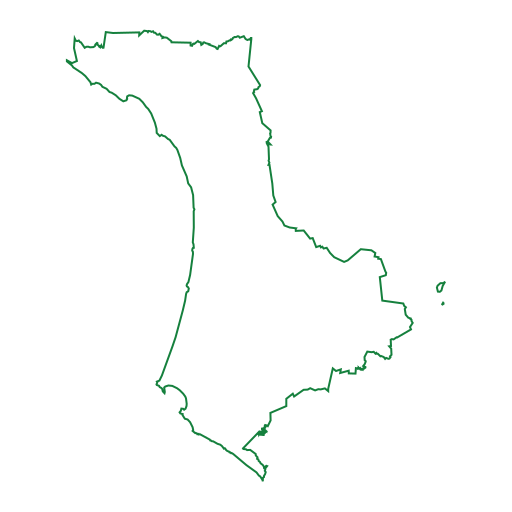 the district of Comondú, Baja California Sur, Mexico
{"feature_id": "50627088B21176552123181", "entity_name": "Comondú", "entity_type": "district", "adm_level": 2, "iso_a3": "MEX", "parent_name": "Mexico", "parent_adm1": "Baja California Sur", "projection": "albers", "projection_center": [-111.876, 25.447], "detail": "fine", "context": "isolated", "style": "outline", "palette": "green", "viewbox_px": 512, "rotation_deg": 0, "n_neighbors": 0, "source": "geoboundaries", "source_scale": "gbopen_adm2", "svg_char_len": 5945}
<svg xmlns="http://www.w3.org/2000/svg" viewBox="0 0 512 512"><path d="M251.3,38.0L250.8,38.0L249.8,39.6L249.2,39.3L247.4,40.0L245.6,39.0L243.8,36.2L239.8,37.7L238.8,36.5L237.9,36.2L235.9,37.1L234.6,37.0L232.9,38.0L232.3,39.3L231.0,39.4L231.0,40.1L230.3,40.5L229.6,40.3L227.9,41.3L226.4,41.5L226.0,43.3L223.9,43.2L220.6,46.1L219.9,46.4L219.1,45.9L217.6,49.0L216.7,48.7L215.6,47.1L209.0,44.6L209.3,44.1L205.8,43.2L204.1,42.3L203.3,42.5L202.7,44.0L201.3,44.9L200.7,42.3L199.1,42.1L197.9,41.0L194.3,43.9L193.5,43.6L193.0,43.9L192.1,45.8L190.6,45.5L190.6,42.7L171.5,42.3L171.3,41.2L166.8,37.7L164.7,37.4L162.5,38.0L162.8,36.7L161.5,36.3L159.6,33.8L158.3,34.7L157.0,34.6L155.3,32.8L154.0,32.7L153.1,31.3L151.5,31.9L150.3,31.2L148.6,31.0L147.9,32.1L147.1,31.1L144.2,30.7L139.2,35.4L139.3,32.4L113.0,33.0L105.8,32.1L103.5,47.7L102.8,47.8L101.8,46.7L101.3,45.4L101.0,46.0L99.4,46.1L100.5,46.9L100.3,47.4L99.2,46.7L98.6,45.5L97.5,44.6L97.4,43.1L97.0,42.9L95.3,44.6L95.4,45.3L94.7,46.3L93.3,47.1L90.0,47.3L88.2,46.7L86.3,46.8L84.7,47.8L81.0,42.4L80.0,42.1L78.8,40.5L77.3,41.1L75.9,40.8L74.7,38.4L74.0,48.1L76.9,61.0L72.0,63.1L66.9,60.3L66.9,61.4L71.9,65.4L73.3,67.4L81.9,73.1L85.4,76.1L90.5,82.3L91.2,84.6L92.4,83.8L94.5,83.8L96.0,82.7L99.1,83.5L101.1,84.9L102.4,86.8L106.6,88.8L109.5,92.0L111.7,92.7L115.8,95.3L119.4,98.8L123.3,101.3L126.4,100.3L127.2,98.9L126.9,98.4L127.2,96.4L129.1,95.3L132.3,95.6L139.3,98.8L142.8,102.3L146.1,106.9L148.2,108.9L151.2,113.5L154.9,122.7L156.5,128.7L156.7,132.9L159.8,136.1L161.6,134.8L162.8,135.7L165.1,136.4L168.0,139.0L169.7,139.8L174.5,146.4L176.2,147.9L177.4,150.0L180.2,157.9L181.9,165.4L186.7,176.4L188.2,183.4L191.1,187.3L193.1,195.1L193.6,207.7L194.4,209.3L193.7,211.2L193.8,227.7L192.8,242.4L193.5,244.3L193.8,247.8L192.9,248.0L192.4,249.0L192.2,250.6L192.9,251.8L193.0,253.9L190.1,275.0L188.4,282.1L187.1,283.9L186.6,285.4L186.9,286.4L188.0,287.1L188.8,288.5L188.2,291.3L186.7,292.2L186.1,293.9L185.1,300.7L182.8,310.4L175.6,337.2L172.5,346.3L161.9,375.5L159.4,380.6L156.9,381.6L157.3,382.3L156.5,384.5L156.8,385.0L159.0,385.8L159.7,387.1L161.4,388.0L162.2,388.9L162.8,391.4L164.5,393.2L164.8,392.0L164.2,387.5L165.3,386.5L168.4,385.5L172.3,385.9L177.0,388.2L179.7,390.2L183.2,393.7L185.3,396.6L186.0,398.4L186.7,403.8L186.5,406.1L185.5,408.7L184.1,409.7L183.2,408.8L181.4,408.6L180.8,410.9L179.6,412.3L180.3,413.4L182.7,414.1L182.5,415.0L184.8,418.7L187.6,419.5L190.1,422.2L192.6,427.2L193.2,430.1L192.6,430.9L195.2,433.1L195.6,432.9L197.2,433.6L197.3,434.1L198.5,433.9L198.6,434.5L200.1,434.3L209.8,439.6L210.2,440.4L210.8,440.4L211.5,441.1L213.3,441.4L217.5,443.8L220.3,444.7L222.0,446.1L223.9,448.6L224.4,448.2L225.1,448.4L226.0,449.9L227.3,451.0L229.0,451.6L229.5,452.4L230.2,452.3L231.1,453.2L231.6,453.0L233.1,453.9L246.4,465.1L256.5,472.4L258.9,475.6L260.2,476.4L262.4,479.8L262.8,481.3L262.9,477.8L264.0,477.0L264.0,475.9L265.1,474.1L265.7,472.1L264.8,470.8L265.3,469.5L265.0,468.8L267.1,466.1L266.3,465.8L264.8,467.2L264.6,468.0L264.1,468.1L263.8,466.5L262.7,464.9L260.6,463.3L259.9,461.9L258.7,461.0L258.3,459.4L257.1,458.8L257.5,457.3L255.8,455.5L255.7,454.0L250.2,449.9L247.1,450.1L246.0,449.3L243.4,449.0L243.0,448.4L259.3,431.5L260.4,432.2L261.1,431.5L262.5,431.5L263.4,431.8L263.7,432.9L263.4,433.4L261.9,432.6L261.2,433.1L261.8,434.1L260.9,434.2L260.1,433.7L260.6,433.4L259.5,433.1L259.7,433.6L259.3,434.2L259.3,433.4L258.7,433.9L258.6,433.3L258.6,433.9L258.9,434.4L259.8,434.8L259.4,434.6L260.2,434.4L263.0,435.0L264.6,435.0L263.1,434.9L264.0,434.4L263.3,434.6L262.9,433.5L264.1,433.7L265.8,432.0L265.3,431.6L266.3,431.2L264.7,429.7L264.1,429.9L265.0,431.1L263.2,430.4L262.0,429.3L262.0,428.8L262.8,429.0L262.6,428.5L263.7,428.1L264.7,428.8L264.5,428.5L265.2,427.6L264.9,427.2L265.5,426.6L264.7,426.1L264.9,425.3L266.1,425.3L266.7,425.9L267.0,425.9L266.7,425.4L267.1,425.5L267.8,426.1L270.6,420.4L270.4,412.9L286.3,406.1L286.3,398.8L292.8,393.7L294.1,396.5L303.6,389.8L307.7,389.6L310.2,388.2L315.1,390.4L318.3,389.2L320.7,389.4L324.9,388.4L328.2,391.1L328.2,388.8L332.8,368.4L336.0,371.0L340.8,369.4L340.2,373.0L348.7,370.7L348.8,373.4L355.5,373.6L355.9,368.1L357.3,368.4L358.0,367.8L358.1,368.8L359.0,368.6L358.9,368.0L359.8,368.9L360.3,368.1L360.9,368.7L360.3,369.1L361.1,369.8L361.9,369.2L362.8,369.8L363.3,368.8L363.2,368.3L364.2,367.8L364.5,368.3L365.4,367.6L365.4,367.0L363.2,366.0L364.7,364.1L365.7,361.6L365.6,361.0L364.7,360.2L364.5,357.0L367.3,351.6L371.7,352.2L373.7,351.8L375.5,353.7L376.4,352.9L377.0,353.8L377.9,353.8L380.4,356.3L381.1,356.0L383.7,357.0L385.1,358.9L386.1,357.9L388.4,358.8L389.4,358.6L390.5,357.1L390.0,356.3L391.5,354.8L391.2,348.6L389.2,346.3L391.0,346.0L390.7,339.7L391.9,339.1L393.6,339.4L396.6,337.3L397.1,337.5L411.0,329.4L410.0,327.0L412.7,322.9L411.6,321.2L411.5,319.8L410.5,319.1L410.7,318.5L408.3,317.7L405.7,314.7L404.8,309.0L405.9,307.3L404.2,305.9L403.3,303.5L382.3,300.6L379.8,277.1L385.8,275.2L386.2,272.8L385.4,271.5L380.9,259.1L378.2,258.7L378.5,257.2L374.6,256.5L375.3,253.0L371.4,250.3L360.8,249.2L347.7,260.4L344.1,261.9L334.2,257.2L330.1,253.0L326.7,247.8L323.6,248.5L322.3,246.7L320.9,247.4L320.1,245.8L316.2,247.1L312.7,238.1L310.1,238.6L303.7,230.5L295.8,230.9L295.7,228.7L296.0,228.3L289.7,227.5L284.4,225.5L282.5,221.6L277.7,216.1L272.6,204.6L275.6,202.0L273.3,195.5L272.3,183.5L269.5,164.9L268.5,164.9L269.4,162.7L268.6,160.7L269.0,159.3L268.5,146.7L267.3,144.3L270.5,144.5L268.5,142.4L265.9,142.4L267.8,141.4L269.8,138.0L270.9,137.7L271.1,136.7L270.6,136.3L270.1,133.4L270.5,132.9L270.6,130.4L262.3,123.2L259.8,112.1L261.9,111.2L256.1,98.4L253.1,93.1L254.1,92.1L253.8,91.7L254.3,89.6L257.0,89.2L258.1,88.5L258.5,87.1L259.7,86.3L260.1,85.1L248.5,66.5L251.2,40.1L250.8,39.5L251.3,39.2L251.3,38.0ZM442.7,285.9L445.1,281.7L443.4,283.1L440.4,283.2L437.6,285.7L436.9,287.6L437.9,291.6L439.8,291.8L441.4,290.5L442.7,285.9ZM443.5,303.1L443.1,302.7L441.8,304.9L443.5,303.9L443.5,303.1Z" fill="none" stroke="#15803d" stroke-width="2"/></svg>